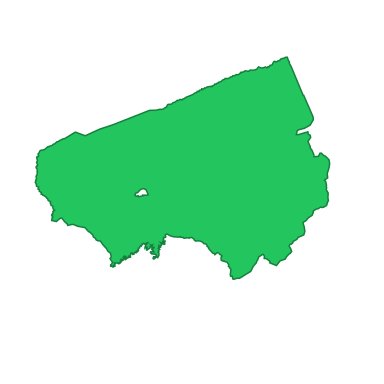 Gokwe South, Midlands, Zimbabwe, rotated 157°
{"feature_id": "62879985B62286453442238", "entity_name": "Gokwe South", "entity_type": "district", "adm_level": 2, "iso_a3": "ZWE", "parent_name": "Zimbabwe", "parent_adm1": "Midlands", "projection": "mercator", "projection_center": [28.824, -18.131], "detail": "fine", "context": "isolated", "style": "filled", "palette": "green", "viewbox_px": 384, "rotation_deg": 157, "n_neighbors": 0, "source": "geoboundaries", "source_scale": "gbopen_adm2", "svg_char_len": 6066}
<svg xmlns="http://www.w3.org/2000/svg" viewBox="0 0 384 384"><g transform="rotate(157 192 192)"><path d="M51.2,214.0L51.4,237.4L51.9,237.6L51.9,240.3L51.7,268.5L52.1,272.8L51.5,273.5L51.9,275.7L51.6,278.8L53.4,279.5L54.8,279.2L57.9,279.8L60.1,278.8L61.6,279.1L63.3,278.8L64.2,279.1L64.6,279.9L65.8,280.1L68.8,277.6L70.7,278.1L71.6,277.1L73.1,277.7L73.8,277.0L74.8,277.3L75.5,278.4L78.2,278.5L79.9,279.2L81.9,281.2L84.2,279.8L87.3,279.9L90.9,281.5L92.8,281.0L95.7,282.8L98.6,282.4L99.9,283.1L100.2,282.5L100.8,282.8L103.1,281.8L105.6,282.8L107.5,282.4L109.1,283.0L110.0,282.4L111.3,282.8L114.1,282.2L117.2,283.6L117.9,282.9L119.8,283.2L121.5,282.5L124.6,282.3L124.8,282.6L125.5,282.1L126.8,282.3L127.9,281.9L128.9,282.5L130.1,281.6L132.4,281.7L132.6,281.2L133.4,281.9L137.0,282.8L138.8,282.4L139.6,282.9L141.3,282.2L142.7,283.2L143.1,282.3L145.6,282.7L146.2,281.8L147.9,282.6L148.6,281.8L150.7,282.0L153.0,281.4L161.3,281.5L162.0,281.0L164.4,281.1L165.2,280.6L165.9,281.5L167.3,281.9L168.6,281.4L169.8,282.2L172.6,281.3L174.6,281.7L175.6,281.0L177.3,281.1L179.8,282.0L180.7,281.7L182.1,280.3L186.9,279.6L189.3,280.7L193.0,281.3L199.1,283.7L200.8,283.8L238.7,284.8L252.0,285.9L268.3,285.5L276.0,292.7L288.4,290.9L290.6,291.4L291.4,291.0L293.6,291.2L295.6,290.6L296.8,291.0L299.9,289.9L300.9,290.2L302.8,289.5L305.7,289.9L306.3,289.6L307.3,290.0L310.2,288.9L312.8,288.8L314.5,289.5L316.3,289.1L317.1,288.0L318.9,287.2L319.0,285.3L319.8,284.7L320.6,285.1L321.5,284.6L322.0,281.3L323.6,279.7L323.4,277.6L324.3,276.3L324.8,276.6L325.8,275.9L326.0,274.9L325.6,274.5L326.0,272.0L326.7,271.4L326.6,270.6L328.2,268.2L329.3,267.5L330.2,264.5L331.4,263.9L331.5,263.1L332.6,261.9L332.2,261.0L332.8,258.0L331.3,256.4L332.6,254.9L331.6,253.9L332.3,252.4L330.9,250.2L331.7,248.8L330.7,248.3L330.7,247.6L328.6,245.1L328.0,242.8L327.5,242.4L327.7,240.3L325.9,238.3L326.9,237.2L326.6,236.3L327.0,234.9L325.8,233.4L326.4,230.8L325.6,228.9L327.7,228.5L327.9,227.1L329.1,226.5L329.2,225.7L330.0,225.8L330.3,225.2L329.7,224.0L330.6,223.5L330.5,222.6L331.6,221.9L332.3,220.6L328.4,217.8L325.2,218.9L323.0,219.2L322.0,218.9L320.8,214.3L319.4,211.4L319.4,209.8L315.1,209.0L313.6,208.3L310.7,205.2L304.5,201.1L302.7,195.9L301.8,195.1L300.1,191.1L300.4,189.1L299.0,187.2L298.9,185.2L297.6,183.8L295.5,182.7L294.7,178.6L292.7,172.8L292.7,170.7L291.0,167.5L291.6,163.9L293.5,162.7L292.7,158.3L294.4,156.9L295.4,156.7L295.9,155.4L294.5,154.8L294.1,153.8L292.6,153.8L293.0,154.8L292.3,155.1L291.7,154.5L291.1,156.9L290.6,156.0L289.3,156.5L287.4,154.5L286.9,155.0L286.5,154.8L286.4,155.3L285.7,154.8L284.1,155.6L284.9,155.6L284.9,156.5L283.8,156.2L283.7,157.7L283.1,157.4L282.7,156.1L282.0,156.2L282.5,156.8L282.2,157.2L281.0,156.6L280.4,158.0L280.8,158.8L280.0,159.3L279.4,158.8L279.3,157.3L278.6,157.0L278.9,156.4L279.6,156.5L279.5,155.8L278.2,156.2L278.2,158.3L277.2,156.5L275.5,156.4L275.0,156.9L275.6,157.4L275.4,157.8L274.5,157.1L274.6,156.1L274.2,156.0L273.4,157.9L271.9,159.8L270.5,158.9L270.7,158.2L271.2,158.2L271.0,157.6L269.6,157.5L269.6,158.2L268.6,158.7L267.8,158.6L267.5,158.1L267.1,158.9L266.1,159.1L266.0,158.2L265.0,158.4L265.0,158.9L264.4,159.1L264.8,159.6L263.5,160.3L263.3,161.2L262.1,161.0L261.2,162.2L260.4,162.5L260.1,162.2L260.1,162.7L259.1,163.1L258.7,162.8L257.9,163.7L256.5,163.6L256.4,162.7L256.0,162.4L252.9,162.9L252.4,162.4L253.5,162.2L255.2,161.1L256.6,159.9L257.2,158.7L255.8,159.1L255.0,158.8L256.6,156.5L256.0,156.1L254.1,156.7L252.8,156.7L251.2,158.5L250.8,159.6L250.1,158.6L249.0,158.7L250.7,156.9L250.3,156.0L248.7,156.2L248.7,155.6L250.1,155.1L251.1,155.4L251.6,154.9L250.8,153.7L250.5,151.9L253.4,153.1L254.0,152.6L253.3,150.7L250.1,149.1L249.5,147.4L250.7,146.7L252.6,147.4L253.7,146.4L253.7,145.5L252.7,145.2L250.0,146.1L249.2,145.0L247.1,146.7L246.4,148.7L246.7,149.7L245.8,149.9L245.7,151.3L244.1,151.8L245.0,153.3L243.8,153.5L244.1,154.5L243.4,155.5L243.3,154.2L242.5,153.6L242.0,154.9L241.4,154.7L240.7,155.2L241.2,155.9L240.3,155.4L240.0,155.6L240.6,157.5L239.3,156.3L239.0,157.3L238.3,157.6L237.8,156.8L238.5,155.2L238.2,154.7L237.4,154.7L236.7,156.8L235.9,157.2L236.0,157.6L237.4,157.7L237.4,159.0L236.4,159.7L236.2,160.9L235.9,161.2L234.1,160.6L233.5,161.4L233.4,162.8L232.2,163.2L231.3,163.0L229.3,160.3L226.4,157.9L221.5,155.5L220.5,155.6L220.3,154.9L218.0,153.7L217.7,152.8L217.0,152.4L214.0,151.6L212.4,150.5L211.4,150.8L209.8,150.0L208.6,147.9L208.7,147.0L208.0,145.6L203.9,143.9L202.0,141.9L201.2,139.7L199.5,138.9L199.0,136.9L199.4,136.0L198.4,134.7L198.8,133.9L198.5,132.6L196.8,127.6L195.3,126.4L195.4,125.4L192.4,126.4L191.1,125.2L190.9,123.7L190.1,123.1L189.4,121.3L190.8,120.6L191.8,117.8L190.3,116.1L189.7,116.2L188.6,114.7L187.2,113.9L186.6,110.8L187.5,109.3L186.8,108.3L187.1,107.5L186.4,105.6L189.2,100.7L189.3,99.3L188.1,99.2L187.9,98.7L188.4,96.1L187.9,95.4L183.7,94.9L181.9,94.0L168.9,96.0L164.6,99.7L160.4,101.7L159.4,103.1L158.2,103.7L155.9,106.2L151.0,106.9L150.5,106.1L150.5,104.5L151.5,102.6L149.8,101.7L148.9,100.6L147.4,97.4L147.4,96.9L148.1,96.4L143.0,91.3L137.8,94.2L132.4,93.8L130.3,95.5L126.4,97.2L125.6,97.1L123.5,98.3L123.3,101.0L123.7,104.0L122.7,105.2L122.2,105.5L120.8,105.2L119.0,105.8L118.5,106.9L114.1,107.4L112.2,108.7L105.9,108.8L103.5,111.6L102.3,116.1L102.0,119.8L101.4,120.6L98.1,121.1L95.3,122.7L90.5,123.6L88.6,125.5L87.9,126.9L86.5,127.4L84.1,127.7L82.5,127.3L79.5,127.9L78.4,126.9L76.6,126.6L73.3,127.1L70.8,130.1L69.9,130.5L68.8,134.7L67.9,135.8L67.7,137.1L67.0,137.7L67.5,141.7L66.3,143.5L66.3,144.3L65.5,145.8L64.8,149.5L65.3,151.2L61.6,152.0L60.3,156.1L56.3,160.9L54.2,164.3L53.3,168.2L55.2,172.9L56.8,174.7L57.7,177.2L59.1,177.7L61.7,175.4L65.8,176.8L65.2,179.4L65.3,184.1L66.0,186.2L65.4,187.2L65.5,193.2L61.5,195.8L61.0,198.0L62.4,199.6L61.8,202.1L71.9,203.3L73.5,204.1L71.2,207.3L69.6,207.6L63.6,206.7L57.1,207.4L52.1,211.1L51.2,214.0ZM233.4,212.0L233.4,206.5L235.2,206.8L238.6,208.4L238.8,207.7L243.3,208.6L243.1,209.6L244.6,209.9L245.8,210.7L245.8,211.6L243.9,213.0L242.4,212.6L239.0,214.2L236.8,214.4L235.1,213.9L233.4,212.0Z" fill="#22c55e" stroke="#15803d" stroke-width="1.5"/></g></svg>